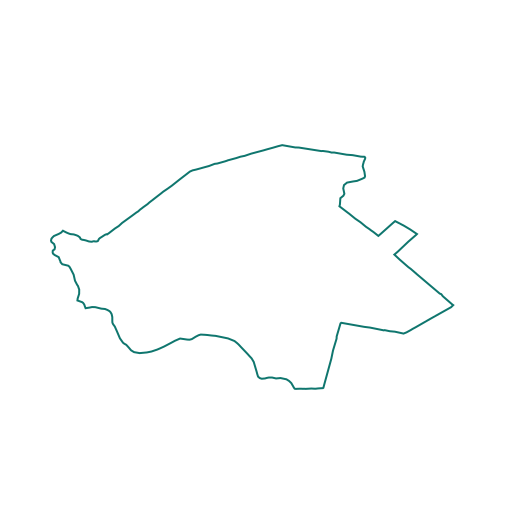 outline of Cubulco, Baja Verapaz, Guatemala, rotated 103°
{"feature_id": "79465075B69115234632813", "entity_name": "Cubulco", "entity_type": "district", "adm_level": 2, "iso_a3": "GTM", "parent_name": "Guatemala", "parent_adm1": "Baja Verapaz", "projection": "robinson", "projection_center": [-90.661, 15.156], "detail": "fine", "context": "isolated", "style": "outline", "palette": "teal", "viewbox_px": 512, "rotation_deg": 103, "n_neighbors": 0, "source": "geoboundaries", "source_scale": "gbopen_adm2", "svg_char_len": 3713}
<svg xmlns="http://www.w3.org/2000/svg" viewBox="0 0 512 512"><g transform="rotate(103 256 256)"><path d="M142.1,255.4L144.1,259.3L146.7,263.9L149.5,269.1L151.3,272.3L154.9,279.1L157.4,283.8L161.0,289.6L162.7,293.4L165.1,297.4L169.2,305.1L169.6,305.6L170.7,307.4L174.6,314.5L175.5,317.0L178.8,321.9L185.3,333.9L186.8,337.0L188.6,339.4L198.6,347.6L206.5,353.9L211.0,357.9L214.2,360.9L216.4,362.6L227.9,372.0L229.8,373.3L234.0,377.0L234.9,377.7L236.9,379.4L239.0,380.8L240.6,382.4L244.6,385.8L253.9,393.9L257.7,396.5L260.9,399.6L267.0,404.6L268.5,406.0L268.4,406.6L269.4,408.0L271.7,410.2L273.5,412.0L274.0,412.4L274.6,412.8L275.5,413.1L276.7,413.3L277.1,413.6L277.6,414.4L277.8,414.9L278.1,416.2L278.0,417.0L278.3,417.9L278.9,418.9L279.1,419.5L279.2,420.2L279.3,421.0L279.4,422.3L279.2,424.1L279.1,425.5L279.1,426.0L279.1,426.8L279.1,427.6L279.2,428.3L279.2,428.8L279.2,429.3L279.1,429.9L278.8,430.8L278.3,431.2L277.7,431.6L277.2,432.3L276.9,433.2L276.5,434.0L276.3,435.1L276.2,435.8L276.1,437.0L276.0,437.9L276.0,438.7L276.1,439.4L276.3,440.9L276.4,441.7L276.3,442.8L276.2,443.6L276.1,444.1L276.0,444.8L275.8,445.8L275.6,446.7L275.4,447.4L275.2,448.4L274.8,449.8L277.0,451.1L278.8,453.1L282.0,457.4L283.7,458.5L285.1,459.2L287.1,459.2L288.3,458.5L289.8,455.4L292.6,453.8L294.9,453.8L296.4,455.2L298.1,455.0L299.3,454.4L300.3,452.5L301.5,448.0L304.4,446.0L305.3,445.3L306.1,445.0L307.6,442.9L307.7,436.7L308.5,435.3L310.2,433.7L315.2,429.5L320.8,426.8L324.2,423.9L325.3,422.7L328.5,420.7L332.7,419.8L337.5,420.2L339.5,420.0L340.1,415.0L340.6,413.9L341.2,413.2L342.1,412.3L343.3,411.6L345.2,410.3L343.7,406.6L342.6,404.2L342.0,401.0L342.1,394.9L341.6,391.2L342.0,388.6L342.7,386.3L343.5,385.1L345.1,383.6L347.8,382.3L350.3,381.7L352.0,381.3L353.3,380.9L354.6,379.9L356.5,377.7L360.9,374.4L366.8,370.1L370.4,366.1L371.1,364.6L371.7,362.5L372.7,361.0L374.2,358.9L376.0,356.5L377.1,353.2L376.8,347.5L374.5,340.6L372.6,336.4L369.4,331.2L367.8,329.0L364.9,325.2L360.0,319.5L357.8,317.0L356.9,316.0L353.5,311.4L352.9,304.2L352.5,301.9L351.4,299.8L348.2,296.6L346.1,294.1L345.0,292.2L344.3,288.2L343.9,285.5L343.5,281.6L342.9,277.3L342.6,264.7L343.7,257.8L345.1,254.9L346.1,253.1L348.0,250.3L349.9,247.4L352.2,243.9L353.6,241.8L354.9,240.0L356.7,237.3L359.7,234.4L368.7,229.3L370.8,228.2L371.8,227.6L372.5,227.2L373.1,226.8L374.1,224.9L374.3,222.8L373.3,219.7L372.4,218.1L371.5,216.1L370.8,213.1L370.8,208.9L369.4,204.7L369.3,198.6L370.3,195.7L371.3,194.0L371.9,193.0L375.7,189.5L376.6,188.5L376.6,187.6L375.5,183.6L374.2,177.4L372.7,172.3L372.0,168.3L371.0,165.5L369.7,161.1L369.3,160.7L366.0,160.6L339.1,159.5L330.8,159.7L318.4,158.9L316.2,159.3L302.7,158.5L301.9,157.9L300.7,134.6L300.1,128.8L299.7,114.7L299.3,114.0L299.2,108.7L298.5,103.7L298.4,94.8L296.6,92.2L293.4,88.6L291.8,87.0L289.7,84.6L278.0,72.0L262.0,54.4L259.5,52.8L259.2,53.5L259.0,54.0L257.4,57.0L253.2,64.9L251.5,66.9L251.3,68.5L244.5,81.7L242.9,84.8L237.9,94.5L233.7,102.4L232.6,105.0L227.1,115.3L223.5,121.5L222.7,120.9L219.7,118.7L207.6,110.7L199.5,104.8L198.4,104.1L195.4,111.9L193.3,118.4L191.4,125.6L191.0,127.2L190.7,128.3L193.3,130.2L206.6,139.6L208.5,141.0L208.9,141.3L206.2,147.0L205.1,149.8L204.3,151.5L202.8,155.4L199.6,161.8L197.3,167.7L193.7,175.0L193.2,176.2L188.8,185.9L187.1,185.8L180.7,186.8L177.6,184.4L175.5,183.9L170.5,186.2L167.1,186.2L164.0,183.8L161.5,178.1L160.1,174.5L156.7,169.7L155.2,167.9L153.7,167.7L149.6,169.3L144.7,172.2L142.5,172.3L140.8,172.2L139.7,172.2L138.9,172.0L138.4,171.9L136.9,171.6L136.4,171.6L135.8,171.6L134.9,172.5L135.6,176.1L136.0,184.6L136.9,190.4L137.6,203.2L138.2,205.5L138.1,208.9L138.6,214.2L139.1,216.2L140.7,238.8L141.4,242.1L142.1,255.4Z" fill="none" stroke="#0f766e" stroke-width="2"/></g></svg>